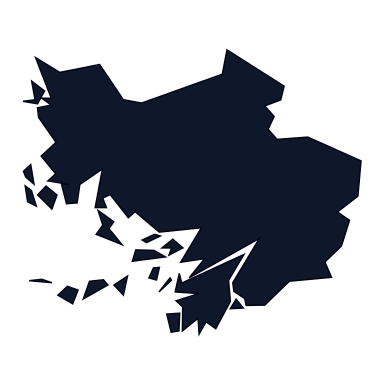 an SVG outline of Finland Proper
{"feature_id": "FIN-3191", "entity_name": "Finland Proper", "entity_type": "Region", "adm_level": 1, "iso_a3": "FIN", "parent_name": "Finland", "parent_adm1": "", "projection": "orthographic", "projection_center": [22.144, 60.47], "detail": "medium", "context": "isolated", "style": "filled", "palette": "ink", "viewbox_px": 384, "rotation_deg": 0, "n_neighbors": 0, "source": "natural_earth", "source_scale": "10m", "svg_char_len": 1883}
<svg xmlns="http://www.w3.org/2000/svg" viewBox="0 0 384 384"><path d="M264.7,305.1L246.2,305.4L244.7,298.5L233.9,291.4L232.8,282.7L259.4,238.4L189.2,277.8L204.7,258.6L180.7,262.2L201.4,227.7L159.3,232.1L135.1,211.7L128.3,217.7L110.2,194.6L102.7,198.0L106.4,207.6L95.2,207.6L102.4,168.9L79.8,184.5L77.1,202.9L66.5,203.7L61.6,184.4L69.3,184.4L47.9,180.9L55.7,173.8L41.2,156.1L56.0,142.3L38.6,117.4L37.5,107.8L51.2,105.1L41.9,98.2L51.3,98.3L35.6,57.6L59.7,72.4L99.6,64.5L123.3,99.7L141.5,103.1L222.3,74.2L227.0,49.9L284.1,86.2L280.7,99.9L264.7,105.9L274.1,116.5L268.1,129.2L277.0,139.4L307.7,137.1L361.0,160.9L357.9,196.1L337.4,212.0L349.5,220.3L341.4,246.0L324.9,262.0L331.5,277.3L289.4,281.2L264.7,305.1ZM181.7,283.1L243.9,254.5L228.5,280.3L230.4,301.4L215.7,328.7L206.1,321.8L199.1,334.1L198.1,318.2L182.4,330.9L182.7,306.9L176.1,300.8L198.9,293.6L175.2,291.9L179.3,273.4L181.7,283.1ZM122.0,244.6L96.2,234.3L102.8,225.1L98.1,210.5L113.7,221.7L109.0,228.7L122.0,244.6ZM135.8,249.9L154.0,250.4L165.4,256.9L132.4,261.2L135.8,249.9ZM89.5,281.3L103.5,279.8L107.9,285.0L83.3,298.9L89.5,281.3ZM57.9,295.2L67.4,286.3L78.0,290.1L72.7,303.8L57.9,295.2ZM46.0,186.1L57.0,195.0L51.9,209.0L37.6,194.9L46.0,186.1ZM166.8,314.1L179.7,313.2L178.9,330.9L171.2,332.2L166.8,314.1ZM37.5,103.8L23.0,101.3L35.1,99.8L31.7,81.2L44.6,91.0L37.5,103.8ZM171.6,247.9L162.0,247.9L172.8,239.2L182.9,247.9L169.0,255.1L171.6,247.9ZM127.5,276.1L123.4,295.1L114.0,285.0L127.5,276.1ZM29.2,280.7L41.7,279.3L51.9,282.7L29.2,280.7ZM148.9,277.9L153.5,267.9L159.4,267.4L156.5,280.0L148.9,277.9ZM236.1,299.2L243.3,308.0L230.3,308.7L236.1,299.2ZM36.3,206.1L27.6,201.7L25.2,185.9L31.4,190.5L36.3,206.1ZM34.0,184.1L25.8,177.1L23.5,171.3L30.7,164.6L34.0,184.1ZM159.0,291.9L170.0,277.9L171.4,280.2L159.0,291.9ZM160.3,236.0L146.5,242.6L142.2,240.0L154.7,234.3L160.3,236.0Z" fill="#0f172a" stroke="#020617" stroke-width="1.5"/></svg>